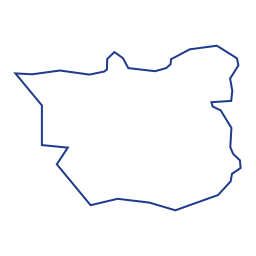 Leeds, Robinson projection
{"feature_id": "GBR-5674", "entity_name": "Leeds", "entity_type": "Metropolitan Borough", "adm_level": 1, "iso_a3": "GBR", "parent_name": "United Kingdom", "parent_adm1": "", "projection": "robinson", "projection_center": [-1.452, 53.819], "detail": "fine", "context": "isolated", "style": "outline", "palette": "blue", "viewbox_px": 256, "rotation_deg": 0, "n_neighbors": 0, "source": "natural_earth", "source_scale": "10m", "svg_char_len": 589}
<svg xmlns="http://www.w3.org/2000/svg" viewBox="0 0 256 256"><path d="M56.8,164.3L67.8,147.6L41.9,145.1L41.9,105.4L15.4,73.4L32.1,74.3L59.9,70.5L89.5,74.6L104.0,71.6L106.9,69.6L107.2,59.0L114.4,52.1L122.9,58.1L128.3,68.1L155.1,71.2L166.2,68.1L170.5,64.3L171.1,59.2L189.8,49.3L216.9,45.7L237.0,58.4L238.4,65.4L230.1,78.6L232.3,90.7L231.2,100.9L211.4,102.2L212.7,106.5L220.7,110.4L231.4,127.9L230.3,147.2L233.1,153.9L239.9,160.3L240.6,168.0L232.0,173.8L230.6,181.4L218.1,195.0L175.3,210.3L149.4,202.6L117.5,198.8L90.6,205.2L56.8,164.3Z" fill="none" stroke="#1e3a8a" stroke-width="2"/></svg>